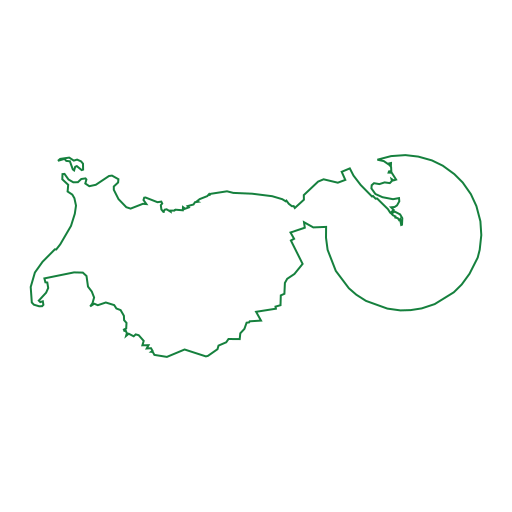 Sligo-Strandhill Lea-6, Sligo, Ireland
{"feature_id": "5873133B64230948512776", "entity_name": "Sligo-Strandhill Lea-6", "entity_type": "district", "adm_level": 2, "iso_a3": "IRL", "parent_name": "Ireland", "parent_adm1": "Sligo", "projection": "orthographic", "projection_center": [-8.544, 54.265], "detail": "fine", "context": "isolated", "style": "outline", "palette": "green", "viewbox_px": 512, "rotation_deg": 0, "n_neighbors": 0, "source": "geoboundaries", "source_scale": "gbopen_adm2", "svg_char_len": 3303}
<svg xmlns="http://www.w3.org/2000/svg" viewBox="0 0 512 512"><path d="M377.4,159.7L383.8,161.1L389.6,165.1L388.7,163.5L391.0,163.0L390.9,165.8L389.7,165.2L391.1,167.1L391.3,171.1L389.0,171.4L388.6,172.6L391.7,172.7L396.1,179.6L393.6,180.4L391.5,179.0L392.0,180.9L389.8,183.1L384.6,182.4L379.4,184.1L374.0,183.2L371.7,185.2L371.4,188.4L375.4,194.0L382.5,197.2L393.0,199.2L399.0,198.1L399.3,201.3L397.0,205.4L394.6,207.0L391.1,207.3L393.6,209.9L390.7,212.8L391.4,213.6L394.7,211.6L400.1,214.4L402.3,218.2L402.0,224.7L401.2,225.0L400.1,219.1L399.1,220.1L397.8,218.2L395.3,217.5L395.5,216.5L393.0,215.3L391.3,213.5L390.2,212.7L387.9,209.1L377.1,198.5L375.6,198.7L373.0,196.0L372.0,196.5L360.7,185.0L353.5,175.6L349.8,168.4L341.7,171.8L345.3,179.9L337.8,182.7L323.6,179.3L318.1,181.6L303.8,195.1L303.9,199.7L294.8,208.0L293.7,206.1L291.9,206.2L288.8,203.8L286.4,200.6L285.7,201.3L282.3,199.2L272.2,196.2L252.1,193.7L233.3,192.9L227.0,191.3L210.8,193.8L209.7,194.4L210.0,195.6L209.1,194.1L207.3,196.1L199.7,199.1L196.9,201.3L197.9,201.8L195.0,202.2L193.5,204.5L187.6,206.1L188.8,207.4L183.6,209.3L184.2,208.0L183.0,207.1L182.8,210.3L175.5,209.7L174.7,210.5L175.1,209.5L174.3,210.6L170.4,210.6L170.6,211.7L166.6,209.3L164.7,209.7L163.5,211.4L164.6,211.8L163.4,211.9L161.4,209.5L160.8,205.2L162.2,203.5L161.3,201.6L157.5,202.2L145.5,197.5L144.2,197.7L143.5,200.0L146.4,204.1L142.9,203.8L130.6,208.6L126.3,207.2L118.5,199.1L113.8,189.8L113.8,186.5L118.1,182.5L118.4,179.2L112.0,175.6L109.0,176.0L95.8,184.8L89.3,186.2L85.3,183.5L86.4,179.5L85.5,178.4L81.3,179.0L77.9,182.2L73.3,182.3L68.5,179.5L64.5,173.9L62.5,174.1L62.3,179.3L68.2,184.8L67.6,191.5L72.3,194.6L74.4,198.2L76.0,205.6L74.8,213.8L71.0,225.9L60.2,244.4L56.2,249.5L54.9,249.3L42.6,261.7L34.9,272.5L30.7,287.0L31.8,302.5L33.9,304.7L39.2,306.3L42.1,306.2L43.4,304.8L42.8,301.3L40.3,302.1L38.8,300.6L46.1,292.7L48.2,288.0L47.3,282.5L45.4,282.3L44.4,278.4L74.0,272.4L82.8,272.6L86.5,276.0L88.0,286.6L91.8,291.6L94.1,297.5L92.5,303.2L90.2,306.4L94.2,303.7L97.8,305.2L105.8,302.5L114.2,305.1L116.4,308.5L120.6,310.1L123.9,315.8L124.1,320.2L126.5,322.9L126.2,328.4L123.9,329.6L124.4,330.9L126.6,330.6L125.7,331.1L126.9,333.0L126.1,335.9L128.7,333.7L133.7,336.3L135.7,334.4L138.7,335.2L143.7,340.9L142.4,345.3L148.5,345.2L146.7,348.5L151.0,348.2L152.5,350.8L151.2,351.8L152.8,352.0L154.4,354.9L166.9,356.9L184.6,349.5L205.9,356.4L207.9,355.9L217.5,349.2L218.5,345.6L226.2,342.3L228.5,339.0L239.7,339.1L240.3,333.3L244.4,328.9L246.6,322.7L249.1,322.4L249.7,321.3L261.0,320.6L256.1,311.8L275.9,308.7L275.5,306.6L280.5,305.2L280.8,295.4L284.4,293.8L284.9,282.9L287.2,278.8L294.4,274.0L302.6,263.9L290.9,240.5L294.1,238.8L290.5,232.5L304.8,227.7L304.0,222.2L313.3,227.4L326.1,226.9L326.0,237.7L327.6,249.8L335.8,270.9L348.9,288.3L356.3,294.7L366.0,300.9L387.4,308.6L400.4,310.4L410.7,310.1L421.7,308.4L434.7,304.1L453.8,292.3L461.7,284.5L469.5,273.8L477.7,257.6L479.7,249.8L481.3,235.1L480.4,221.3L476.4,206.1L470.9,194.2L462.7,182.5L454.3,174.1L442.8,165.7L431.9,160.4L418.3,156.6L405.4,155.1L391.1,156.1L377.4,159.7ZM81.1,161.4L77.1,159.6L73.8,160.6L69.2,157.6L60.2,158.9L58.0,160.8L64.5,158.9L66.3,160.9L69.9,161.3L72.8,169.4L74.1,170.4L75.2,166.8L76.8,166.1L81.7,170.1L83.1,169.6L83.0,163.7L81.1,161.4Z" fill="none" stroke="#15803d" stroke-width="2"/></svg>